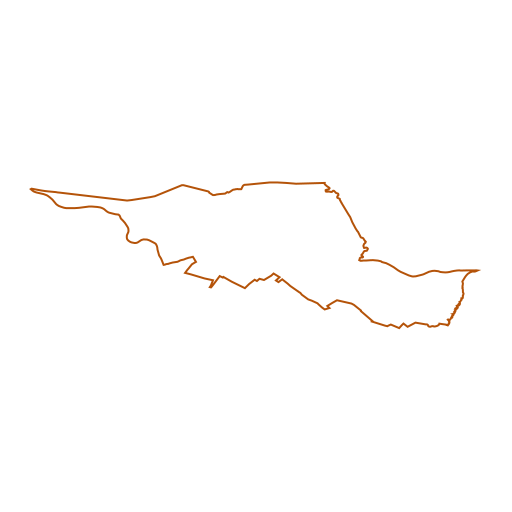 the district of Barito Kuala, Kalimantan Selatan, Indonesia, rotated 266°
{"feature_id": "22746128B88870484763637", "entity_name": "Barito Kuala", "entity_type": "district", "adm_level": 2, "iso_a3": "IDN", "parent_name": "Indonesia", "parent_adm1": "Kalimantan Selatan", "projection": "equal_earth", "projection_center": [114.538, -3.03], "detail": "fine", "context": "isolated", "style": "outline", "palette": "amber", "viewbox_px": 512, "rotation_deg": 266, "n_neighbors": 0, "source": "geoboundaries", "source_scale": "gbopen_adm2", "svg_char_len": 6066}
<svg xmlns="http://www.w3.org/2000/svg" viewBox="0 0 512 512"><g transform="rotate(266 256 256)"><path d="M226.0,407.0L230.1,399.2L231.8,396.7L235.2,392.6L238.0,388.4L239.8,385.3L240.6,382.9L241.2,381.2L241.8,380.6L242.1,379.9L242.9,377.3L243.7,372.5L243.8,370.5L243.8,365.7L244.0,363.1L243.9,361.5L243.9,360.3L244.0,359.8L244.7,358.7L245.7,359.2L246.6,359.4L247.0,359.9L247.2,360.6L247.1,362.0L247.3,362.5L247.5,362.7L247.8,362.7L248.1,362.5L249.1,361.4L249.6,361.2L249.9,361.4L250.9,362.6L253.0,364.0L253.4,364.7L253.5,366.6L253.6,367.0L255.1,368.0L255.4,368.1L255.8,367.9L256.4,367.3L256.6,366.9L256.7,366.5L256.6,365.4L256.5,364.8L256.5,364.4L257.0,364.2L258.2,363.9L258.9,363.9L259.5,364.2L260.4,364.6L261.0,365.3L261.6,366.1L262.1,366.3L262.4,366.1L262.7,366.4L264.3,365.2L265.9,364.4L266.6,363.7L267.0,362.3L267.4,361.8L273.1,359.4L273.6,358.9L276.5,357.3L283.0,354.4L288.2,352.7L291.3,351.0L303.0,345.0L303.3,345.0L304.0,344.5L304.3,344.4L305.0,344.2L305.5,343.8L305.9,343.7L307.2,343.5L308.3,341.4L308.5,341.2L308.8,341.1L309.4,341.2L309.4,341.4L310.6,341.9L310.9,342.4L311.2,342.5L312.4,342.3L312.8,341.6L313.2,340.4L315.4,338.5L315.6,338.2L315.7,337.5L315.6,337.3L314.6,336.1L314.6,335.9L314.7,335.2L315.2,333.3L315.2,331.2L315.4,330.3L316.1,330.0L316.9,330.1L317.1,330.7L317.5,333.1L317.9,333.7L318.2,333.8L318.5,334.1L318.8,334.0L319.0,333.8L320.8,331.5L322.6,329.8L323.3,329.4L324.1,329.6L325.3,301.0L326.8,291.1L327.8,283.0L328.4,275.0L327.8,253.1L327.8,249.4L327.4,248.5L326.7,247.7L323.7,246.0L323.9,242.8L324.1,242.4L324.0,240.0L323.8,239.6L323.8,238.5L323.7,237.8L323.0,236.4L321.9,234.6L321.3,233.3L321.2,233.0L321.3,232.7L321.7,232.1L321.7,231.8L321.6,231.4L320.5,229.8L320.4,229.1L320.3,223.8L320.1,220.9L319.8,219.8L319.7,218.3L319.8,217.3L319.9,217.1L322.5,213.7L323.3,213.5L323.8,212.7L331.7,188.6L331.8,187.0L322.7,159.3L322.1,154.6L320.5,135.8L320.3,131.3L332.9,64.7L333.2,62.8L333.7,60.8L334.9,53.5L335.6,49.7L336.4,46.1L338.8,36.8L338.4,36.0L336.9,37.5L336.0,38.6L335.5,39.5L334.7,41.4L332.5,48.6L331.2,51.5L330.5,52.5L329.0,54.3L326.4,56.9L321.8,60.2L321.1,60.9L319.7,62.7L319.3,63.6L318.6,65.1L317.5,67.9L317.0,70.0L316.4,78.9L316.4,82.8L316.9,91.3L317.0,92.8L316.8,95.7L316.0,101.0L315.3,104.1L314.7,105.5L314.0,106.8L313.2,107.9L311.4,109.7L310.4,110.9L309.7,112.0L309.3,113.0L307.5,118.5L306.9,121.7L305.9,122.7L305.2,123.0L302.8,123.8L300.5,125.8L298.1,127.6L294.0,129.9L292.5,130.5L290.6,130.6L289.0,130.4L288.2,130.0L286.2,128.9L285.4,128.6L283.8,128.4L282.2,128.5L281.2,129.0L280.2,129.8L279.0,131.3L278.3,132.6L277.9,134.0L277.4,135.9L277.4,137.1L277.5,137.9L277.8,138.9L279.7,142.3L280.0,143.0L280.2,144.0L280.4,145.1L280.2,146.6L280.0,148.4L279.2,150.4L278.2,152.1L276.0,155.7L275.4,156.5L274.7,157.1L272.9,157.8L271.4,158.1L269.2,158.2L263.3,159.4L260.3,161.0L258.7,161.6L253.6,163.2L253.7,164.4L254.1,165.6L254.2,166.3L254.3,168.2L254.6,168.9L255.3,172.4L255.7,177.2L256.1,178.4L256.8,179.9L257.1,181.1L257.5,183.7L258.3,186.1L259.0,189.0L259.2,190.8L259.5,192.3L259.6,193.0L254.3,195.7L253.5,194.0L252.2,191.5L248.3,187.9L246.9,186.5L244.1,184.1L242.2,189.8L237.2,203.1L234.8,211.4L229.6,208.9L228.2,207.8L227.8,208.9L227.8,209.0L230.3,211.3L238.5,218.4L236.8,221.4L237.4,222.0L232.0,230.1L224.7,242.7L228.6,247.3L232.4,253.0L231.0,255.2L233.0,257.9L231.5,262.3L235.3,269.8L237.3,272.3L233.2,278.0L230.2,274.2L228.4,276.6L230.9,280.5L226.2,285.7L223.7,288.1L216.6,296.9L216.2,297.6L214.2,299.0L209.1,305.0L207.5,308.6L204.5,314.1L203.6,314.8L200.9,317.4L199.9,318.4L197.9,320.8L199.0,325.6L201.2,323.7L203.9,328.9L206.2,333.7L201.9,347.9L200.4,350.3L194.3,356.9L193.7,356.8L182.7,367.9L182.4,367.4L177.5,379.9L176.8,382.2L177.2,382.9L178.2,385.7L174.1,393.8L176.7,396.5L178.3,398.4L174.8,402.3L178.4,410.4L175.9,420.7L175.8,421.9L175.6,422.2L175.1,422.7L174.4,422.8L173.7,423.4L173.6,423.7L173.3,424.5L173.3,425.1L173.6,426.1L173.7,426.9L173.7,427.6L173.3,428.6L173.2,429.3L173.3,430.2L173.6,431.7L174.0,432.7L174.6,433.4L174.6,433.6L175.1,434.0L175.7,434.2L175.0,437.4L174.3,440.8L173.9,441.1L173.9,441.3L174.0,441.7L173.7,441.9L173.4,442.5L174.4,443.4L174.6,443.3L174.8,443.6L175.1,443.7L175.3,444.0L175.5,444.0L176.5,444.4L177.3,444.3L177.3,444.1L177.8,444.3L178.4,443.5L179.1,442.9L179.3,443.2L179.0,443.8L178.8,444.5L179.0,445.1L179.4,445.6L180.5,446.2L180.8,446.6L181.1,446.6L181.4,446.8L180.7,446.9L180.7,447.1L180.9,447.4L181.6,447.7L181.8,447.6L182.2,447.7L182.3,447.4L182.5,447.4L182.8,447.7L183.4,448.0L183.5,448.2L183.2,448.4L183.3,448.7L183.8,449.0L184.1,448.9L184.4,448.4L184.5,449.0L185.3,450.1L185.8,450.4L186.2,450.5L186.5,449.9L186.6,450.0L186.5,450.5L186.7,450.8L187.1,451.1L187.5,451.1L188.2,450.7L188.3,450.9L188.2,451.4L188.5,451.6L188.7,451.4L188.9,451.5L188.9,451.4L189.5,451.2L189.5,451.4L189.2,451.7L189.1,452.1L189.3,452.5L189.8,453.2L190.6,453.7L190.9,453.7L191.1,453.5L190.0,452.2L189.9,451.8L190.0,451.8L190.8,452.6L191.7,452.9L191.3,453.3L191.4,453.6L192.2,454.0L192.3,453.8L192.3,453.3L192.4,453.2L192.5,453.6L193.0,454.1L193.4,454.3L193.4,454.5L193.7,454.8L193.9,454.8L195.2,456.0L195.6,456.1L196.0,455.9L196.1,456.2L196.3,456.6L197.4,457.4L197.7,457.4L198.0,457.7L198.3,457.8L198.3,458.1L198.7,458.1L199.2,457.9L199.4,457.9L199.4,458.1L199.5,458.3L199.4,458.7L199.8,459.3L200.0,459.2L200.3,459.4L200.9,459.4L201.7,459.7L202.3,459.6L202.9,460.1L204.0,460.4L204.5,460.3L205.3,459.9L207.9,460.0L209.0,459.9L209.6,459.6L210.3,459.8L210.5,460.0L210.8,459.9L211.1,459.9L211.6,459.8L212.1,460.1L214.2,460.5L216.2,460.1L220.4,463.1L221.8,464.3L223.4,466.0L224.8,468.6L225.5,471.0L225.4,471.3L225.2,472.6L225.3,473.8L226.1,476.0L226.3,475.0L226.6,469.8L226.9,465.9L227.2,459.2L227.5,457.8L227.5,455.4L227.3,452.6L227.0,450.3L226.6,448.1L226.4,446.0L226.4,443.8L226.8,441.0L227.2,438.8L228.1,436.8L228.8,433.1L228.8,430.8L228.2,427.5L226.1,421.9L225.8,420.7L224.6,414.0L224.6,411.2L224.8,410.2L225.3,408.8L226.0,407.0ZM194.0,456.1L194.5,456.1L194.0,455.3L193.5,455.1L193.1,454.7L192.9,454.7L192.8,454.9L192.7,455.1L193.0,455.5L194.0,456.1Z" fill="none" stroke="#b45309" stroke-width="2"/></g></svg>